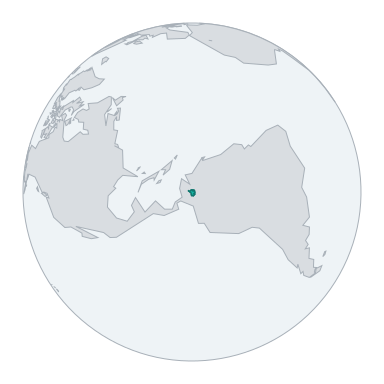 Santander on an orthographic globe, rotated 305°
{"feature_id": "COL-1317", "entity_name": "Santander", "entity_type": "Department", "adm_level": 1, "iso_a3": "COL", "parent_name": "Colombia", "parent_adm1": "", "projection": "orthographic", "projection_center": [-73.442, 6.936], "detail": "fine", "context": "on_globe", "style": "filled", "palette": "teal", "viewbox_px": 384, "rotation_deg": 305, "n_neighbors": 0, "source": "natural_earth", "source_scale": "10m", "svg_char_len": 9052}
<svg xmlns="http://www.w3.org/2000/svg" viewBox="0 0 384 384"><g transform="rotate(305 192 192)"><circle cx="192" cy="192" r="169" fill="#eef3f6" stroke="#a8b0b8"/><path d="M178.2,187.9L174.2,186.0L170.3,191.0L156.8,182.7L152.1,172.7L111.6,156.1L107.7,151.0L108.1,142.9L97.2,116.6L100.7,141.1L96.0,136.3L92.7,127.5L95.2,125.4L93.9,112.9L90.0,108.2L91.9,93.3L104.2,75.5L105.0,78.2L107.8,74.1L107.0,70.7L105.7,69.5L114.2,54.9L113.1,48.3L107.2,50.1L112.8,47.1L97.9,54.0L93.7,55.3L101.8,51.5L105.3,49.5L104.2,49.0L107.5,46.9L108.9,45.7L112.9,43.4L117.4,42.0L120.1,40.7L119.1,40.4L122.6,38.5L123.6,38.9L129.8,35.7L138.4,33.9L137.8,38.9L145.9,37.9L154.3,43.6L157.0,41.9L161.8,43.7L166.7,42.7L166.8,44.5L170.6,42.2L169.5,40.7L170.8,39.3L173.5,38.7L174.2,40.8L172.9,41.4L174.6,41.7L173.8,43.1L175.7,42.1L176.3,45.1L179.8,41.4L183.7,43.1L182.9,45.3L177.7,46.0L162.8,54.7L160.4,58.1L162.3,61.7L177.2,65.9L176.7,69.6L180.1,74.0L182.8,71.2L181.1,66.9L187.0,63.3L184.3,59.1L186.2,57.2L185.6,52.9L191.5,52.7L197.5,55.1L198.3,58.8L201.0,60.1L204.9,56.2L210.9,63.5L222.7,69.2L223.6,71.5L217.1,75.8L205.3,76.0L196.7,83.6L208.1,78.2L210.2,84.8L213.0,85.9L216.3,85.5L217.8,82.9L219.7,85.3L209.2,91.1L207.3,89.0L210.6,87.0L205.1,87.4L198.0,92.3L199.7,95.8L187.3,101.1L188.3,103.8L186.1,106.8L185.4,101.9L186.5,111.1L172.2,121.8L173.5,138.9L165.9,125.7L159.3,124.3L151.4,124.7L151.4,127.4L140.8,125.5L131.1,131.4L127.4,145.1L130.9,155.7L142.7,156.1L146.3,150.1L155.0,148.9L148.6,165.0L163.8,167.2L162.2,179.4L166.6,185.7L174.2,184.0L182.1,186.9L187.8,179.8L196.9,175.8L197.1,185.7L202.1,176.6L207.2,181.3L225.3,180.5L223.9,182.7L239.1,194.0L255.5,198.6L259.3,205.6L257.3,210.2L262.9,211.2L263.0,214.1L285.0,217.4L296.0,223.9L295.5,234.0L285.9,246.2L276.2,270.6L258.7,279.2L253.6,288.8L238.8,302.6L228.3,301.9L230.7,308.3L224.4,312.3L217.4,312.8L215.7,317.2L210.4,317.4L213.6,320.2L204.7,325.9L206.6,330.4L200.0,334.7L201.5,337.2L199.2,337.1L196.6,338.1L196.2,339.4L189.3,337.1L187.8,331.4L190.6,328.5L187.5,328.0L193.6,320.1L190.1,321.7L191.7,309.6L197.0,299.1L201.1,267.9L197.6,261.5L184.7,254.1L169.2,230.0L173.4,220.0L170.0,215.3L181.2,201.1L178.2,187.9ZM33.6,140.2L34.9,136.4L34.5,138.9L33.6,140.2ZM35.4,134.1L35.0,135.4L35.3,134.3L35.4,134.1ZM35.4,133.3L35.4,133.9L35.3,133.7L35.4,133.3ZM35.3,132.8L35.3,133.1L35.3,132.8ZM172.6,144.8L190.0,153.0L180.0,154.2L181.9,152.6L177.6,149.2L169.3,146.1L160.7,148.0L172.6,144.8ZM35.6,130.8L35.7,130.2L36.0,129.9L35.6,130.8ZM180.5,135.1L177.4,134.5L180.4,134.4L180.5,135.1ZM104.6,69.5L106.6,70.9L106.2,75.0L104.1,74.0L104.6,69.5ZM105.9,62.6L107.7,62.4L104.4,66.2L104.4,65.1L105.9,62.6ZM102.2,52.3L103.2,52.5L101.1,53.1L102.2,52.3ZM108.3,45.9L107.0,46.6L108.3,45.7L108.3,45.9ZM182.4,53.4L184.0,53.2L183.3,54.1L182.4,53.4ZM180.7,51.9L178.8,53.1L177.7,52.6L178.9,51.8L180.7,51.9ZM115.7,41.6L118.1,40.2L116.4,41.3L115.7,41.6ZM183.3,50.6L176.0,51.5L174.1,50.7L177.0,47.3L183.3,50.6ZM128.4,35.5L133.9,33.4L125.4,36.8L123.7,37.9L122.6,38.1L120.1,39.3L126.0,36.5L125.2,36.8L128.4,35.5ZM167.9,40.5L169.2,42.0L165.6,41.4L167.9,40.5ZM165.3,40.5L152.4,41.6L151.9,39.5L156.3,39.4L153.6,37.4L159.7,35.7L162.6,36.4L161.7,38.1L164.7,36.3L165.3,40.5ZM138.6,31.8L140.7,31.1L139.4,31.6L138.6,31.8ZM171.0,38.7L168.4,38.9L167.8,37.0L172.8,36.2L171.4,37.0L171.0,38.7ZM149.9,37.8L150.3,36.5L155.4,34.7L156.2,34.0L159.8,35.5L149.9,37.8ZM173.0,37.2L175.4,35.9L178.2,36.3L173.5,38.3L173.0,37.2ZM165.5,36.9L165.5,36.1L167.1,36.2L165.5,36.9ZM189.6,37.8L186.5,37.8L185.9,36.7L189.6,37.8ZM176.1,35.4L175.1,35.2L174.6,34.9L176.7,34.2L176.1,35.4ZM163.1,34.3L165.2,34.0L161.9,33.6L165.6,32.5L167.3,33.8L168.1,32.8L169.2,32.5L169.4,34.0L163.1,34.3ZM177.1,32.6L180.6,34.4L186.4,34.5L187.1,35.3L177.6,35.2L177.1,32.6ZM172.6,33.2L175.6,33.0L174.9,34.0L172.4,34.8L172.6,33.2ZM167.5,31.4L161.4,32.7L161.2,32.4L167.5,31.4ZM179.0,32.4L178.1,32.0L179.5,32.3L179.0,32.4ZM171.1,31.4L169.0,31.8L168.9,31.4L171.1,31.4ZM178.1,31.0L179.2,31.5L177.6,32.0L178.1,31.0ZM175.0,31.0L175.4,30.4L176.4,31.8L174.1,31.2L175.0,31.0ZM171.4,31.0L170.6,30.9L172.3,30.8L171.4,31.0ZM183.7,29.2L185.3,30.9L181.7,31.8L180.6,29.9L183.7,29.2ZM200.8,341.9L189.8,338.0L196.0,339.8L200.6,337.6L206.2,340.6L200.8,341.9ZM214.1,336.2L219.3,334.9L220.4,335.6L217.1,336.7L214.1,336.2ZM325.9,89.0L320.8,82.9L317.9,79.6L309.7,72.7L313.1,76.3L321.0,83.3L320.6,83.1L325.2,88.9L321.3,84.4L311.7,76.7L312.0,80.9L320.4,97.1L318.9,99.7L314.0,98.4L303.1,84.1L307.6,80.0L303.8,75.6L296.0,70.9L298.1,70.3L295.5,68.1L296.5,66.7L291.3,60.4L291.3,58.9L282.9,52.7L281.7,51.3L287.1,55.2L290.8,57.5L290.1,54.9L288.1,53.3L282.7,49.7L283.2,49.8L277.9,46.7L274.6,44.6L286.3,51.8L297.3,59.9L307.6,68.8L317.2,78.5L325.9,89.0ZM274.4,44.5L274.3,44.9L267.9,41.5L262.3,38.5L260.1,37.7L269.3,42.7L273.0,44.7L276.2,46.2L286.2,52.9L287.8,54.7L277.3,48.6L278.5,50.9L269.8,45.9L250.2,34.3L245.4,31.9L248.3,32.7L261.6,38.0L274.4,44.5ZM135.4,32.8L133.9,33.4L128.4,35.5L135.4,32.8ZM347.7,257.7L353.3,241.8L357.0,228.0L358.8,218.1L359.4,198.0L359.5,185.4L358.7,180.9L357.6,183.3L356.1,178.0L355.1,178.6L345.3,187.7L339.7,181.6L327.2,160.4L327.1,150.3L322.7,139.9L318.7,100.3L322.8,100.8L325.3,92.2L326.5,92.8L331.6,100.6L337.8,106.7L334.5,101.2L340.8,112.0L346.4,123.3L351.0,135.0L354.8,146.9L357.7,159.2L359.7,171.6L360.8,184.1L360.9,196.6L360.1,209.2L358.3,221.6L355.7,233.9L352.1,246.0L347.7,257.7ZM325.9,118.7L327.4,121.8L325.9,118.7ZM225.8,180.3L228.0,182.2L225.1,182.3L225.8,180.3ZM178.7,158.2L182.3,158.4L184.3,159.9L181.4,160.4L178.7,158.2ZM209.7,158.0L213.9,158.7L209.5,159.6L209.7,158.0ZM192.7,154.1L206.3,157.7L197.7,160.7L189.2,158.6L195.1,157.6L192.7,154.1ZM178.7,140.7L181.0,141.4L180.3,143.2L178.7,140.7ZM182.6,135.1L181.7,135.3L180.6,133.9L182.6,135.1ZM210.8,84.4L211.7,84.1L215.1,84.2L213.5,85.4L210.8,84.4ZM229.6,79.1L232.4,83.2L229.4,80.8L227.8,82.8L219.4,80.8L223.7,72.6L223.2,76.5L229.6,79.1ZM209.5,76.6L214.3,78.3L208.9,76.7L209.5,76.6ZM280.2,59.2L282.7,59.8L285.5,62.5L285.4,65.8L281.3,61.8L280.2,59.2ZM285.6,60.3L275.2,54.2L274.9,52.3L276.8,54.3L277.6,53.7L281.0,56.8L290.9,61.7L294.0,64.4L292.1,68.2L291.0,65.2L288.6,64.5L285.6,60.3ZM249.3,46.2L244.7,44.8L249.8,42.4L253.4,44.1L253.6,47.2L249.4,47.0L249.3,46.2ZM190.0,44.9L187.9,45.4L187.7,44.7L189.3,43.7L190.0,44.9ZM188.2,37.9L198.8,42.4L197.0,43.1L205.3,45.6L203.8,48.5L198.4,46.6L203.5,51.1L198.1,50.6L202.1,53.5L190.2,49.1L185.5,49.2L191.4,47.9L192.9,45.2L192.1,44.0L186.5,41.1L177.1,40.6L177.1,38.2L179.6,36.7L181.9,36.5L181.2,38.0L184.7,36.6L185.4,38.7L188.2,37.9ZM209.0,27.2L207.2,27.9L214.4,27.7L215.1,28.8L215.9,28.7L218.6,29.9L223.2,31.2L222.7,31.7L224.7,32.1L226.5,33.0L229.0,33.8L229.1,35.1L232.3,36.2L230.5,36.3L235.9,37.9L231.9,37.4L233.9,38.9L236.7,38.6L230.9,46.5L231.5,51.0L234.2,55.4L227.0,54.5L219.9,50.1L213.8,44.9L214.3,40.9L210.9,41.5L210.1,39.9L213.1,40.1L208.1,38.9L208.2,37.7L202.8,34.5L195.5,34.1L193.4,33.2L196.3,32.8L192.1,32.1L196.2,30.9L194.7,30.3L197.3,28.6L203.9,28.6L201.7,28.0L203.6,27.1L209.0,27.2ZM184.6,28.7L192.2,27.8L196.4,28.2L190.1,31.0L190.9,31.7L187.0,34.0L181.1,33.5L182.7,32.8L182.9,32.1L184.7,32.5L183.5,31.7L185.7,30.9L185.3,30.1L187.9,29.9L184.6,28.7ZM324.6,89.6L324.9,89.4L324.7,88.5L327.6,92.4L324.6,89.6ZM318.2,84.3L318.1,83.5L322.0,87.9L321.7,88.3L318.2,84.3ZM314.6,79.5L317.7,83.1L315.8,81.3L314.6,79.5ZM286.6,54.4L286.0,53.6L287.2,54.4L289.1,55.9L286.6,54.4ZM230.6,28.7L228.9,28.5L227.9,28.2L222.2,27.4L221.2,26.8L224.2,27.0L230.6,28.7ZM228.5,27.8L226.3,27.5L227.2,27.4L228.5,27.8ZM220.2,26.3L220.7,26.1L220.4,26.6L220.2,26.3ZM214.4,24.6L217.1,25.0L216.3,25.0L214.4,24.6ZM139.9,31.3L140.7,31.1L138.8,31.7L139.9,31.3Z" fill="#d9dde1" stroke="#a8b0b8" stroke-width="1"/><path d="M191.5,189.6L191.6,189.8L191.8,189.9L191.8,190.0L192.0,190.1L192.3,190.2L192.5,190.2L192.8,190.0L193.0,190.0L193.3,190.0L193.6,190.4L193.6,190.5L193.8,190.8L193.7,190.9L193.6,191.1L193.8,191.2L193.8,191.3L193.7,191.4L193.6,191.6L193.8,191.7L193.9,191.8L194.0,191.8L194.3,191.9L194.5,191.8L194.6,192.0L194.8,192.3L194.8,192.5L194.8,192.9L194.7,193.1L194.6,193.3L194.4,193.5L194.2,193.3L194.1,193.2L193.9,193.1L194.0,193.3L194.1,193.5L194.0,193.8L194.0,194.0L193.9,194.1L193.8,194.3L193.7,194.4L193.5,194.5L193.3,194.8L193.2,194.9L192.9,194.9L192.7,194.8L192.6,195.0L192.4,195.2L192.2,195.2L192.2,195.3L192.1,195.5L191.9,195.3L191.9,195.2L192.0,195.2L192.2,194.9L192.2,194.7L191.9,194.5L191.8,194.4L191.7,194.6L191.6,194.8L191.5,195.0L191.5,195.3L191.4,195.5L191.2,195.5L190.9,195.5L190.7,195.6L190.4,195.5L190.3,195.4L190.2,195.3L190.1,195.2L189.9,195.1L189.7,195.2L189.7,194.9L189.6,194.7L189.4,194.6L189.2,194.6L189.0,194.3L188.9,194.2L188.8,193.9L189.0,193.8L189.2,193.6L189.3,193.5L189.2,193.4L189.2,193.1L189.2,192.9L189.3,192.9L189.5,192.8L190.0,192.4L190.2,192.2L190.3,192.1L190.6,191.9L190.7,191.6L190.6,191.4L190.6,191.1L190.6,190.9L190.6,190.7L190.6,190.4L190.8,190.1L190.9,189.9L190.9,189.7L190.9,189.4L190.9,189.2L190.7,188.8L190.7,188.7L190.8,188.6L190.9,188.4L191.0,188.4L191.0,188.5L191.2,188.8L191.3,189.0L191.2,189.2L191.2,189.3L191.1,189.5L191.5,189.6Z" fill="#14b8a6" stroke="#0f766e" stroke-width="1.5"/></g></svg>